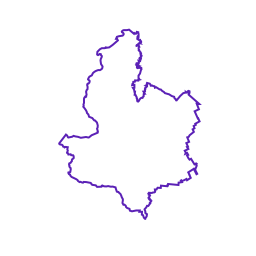 outline of Tepetzintla, Veracruz, Mexico, rotated 241°
{"feature_id": "50627088B67284311995984", "entity_name": "Tepetzintla", "entity_type": "district", "adm_level": 2, "iso_a3": "MEX", "parent_name": "Mexico", "parent_adm1": "Veracruz", "projection": "albers", "projection_center": [-97.847, 21.151], "detail": "fine", "context": "isolated", "style": "outline", "palette": "violet", "viewbox_px": 256, "rotation_deg": 241, "n_neighbors": 0, "source": "geoboundaries", "source_scale": "gbopen_adm2", "svg_char_len": 5895}
<svg xmlns="http://www.w3.org/2000/svg" viewBox="0 0 256 256"><g transform="rotate(241 128 128)"><path d="M152.3,70.5L147.9,60.4L147.4,60.2L146.5,60.6L145.5,62.0L144.7,62.4L143.1,62.3L142.4,63.1L141.8,63.1L141.7,64.3L140.4,66.0L138.8,64.6L137.4,64.4L136.0,62.7L135.5,62.7L135.1,63.2L133.7,63.0L132.8,65.1L131.8,65.1L130.7,66.8L129.7,66.8L128.1,66.0L127.8,65.2L127.7,64.0L127.2,63.4L126.1,62.7L125.9,61.8L125.4,61.1L125.5,59.4L125.1,59.1L124.4,58.6L123.7,58.7L123.1,58.2L121.8,58.0L120.9,58.4L119.8,58.0L117.5,56.2L117.4,55.8L117.9,54.8L118.0,54.3L117.4,54.0L116.3,54.0L115.2,54.7L114.3,54.5L112.6,54.9L108.5,57.8L107.0,58.6L105.9,58.6L104.2,59.4L104.0,60.3L102.4,61.6L102.0,62.2L102.3,63.1L101.0,65.2L98.1,68.7L97.1,69.0L96.4,68.8L95.6,69.2L93.5,72.0L91.5,72.4L89.5,76.4L89.6,76.8L90.2,77.1L90.2,77.6L88.6,78.8L87.4,80.7L86.8,82.5L85.1,84.4L84.1,86.3L82.1,88.3L80.6,87.9L77.8,87.4L77.4,87.6L76.7,88.6L75.1,88.9L74.6,89.2L74.0,89.4L72.1,89.3L70.6,89.0L68.3,89.0L67.3,88.5L65.1,86.8L63.1,86.8L63.0,87.4L62.5,87.8L61.1,88.3L59.7,88.0L58.4,88.5L56.6,90.1L54.8,89.6L53.2,91.1L51.9,95.2L50.2,98.3L49.2,97.3L47.9,99.6L45.5,98.1L44.4,98.9L42.0,98.4L40.4,98.8L40.2,99.1L40.9,99.8L41.6,101.4L43.4,102.8L43.9,102.7L44.8,102.0L45.4,102.0L46.8,102.8L48.4,102.9L48.9,103.1L49.7,105.5L50.7,106.9L50.0,108.0L51.4,111.0L51.9,110.8L52.9,113.0L54.5,112.3L54.6,112.7L55.6,112.1L56.0,112.7L57.0,112.1L58.2,114.4L59.3,113.9L59.6,114.6L60.7,114.0L61.2,114.9L59.6,117.4L59.5,118.6L59.0,119.5L58.9,120.4L59.2,120.9L61.2,121.7L60.4,123.1L61.4,124.9L59.7,127.6L61.6,128.9L58.1,134.0L58.7,134.4L58.3,135.0L59.6,135.9L53.7,144.5L55.7,145.8L54.5,148.9L56.4,148.8L56.4,149.2L55.5,149.2L55.1,152.0L55.1,154.4L53.7,154.3L54.0,158.7L57.1,158.9L57.1,159.1L60.0,159.2L60.4,165.7L54.4,165.5L54.4,166.3L60.1,166.5L59.7,167.4L59.9,167.6L61.7,169.8L62.7,169.7L63.3,170.7L64.0,170.4L64.0,168.5L70.5,168.2L70.5,166.5L72.3,166.2L75.4,166.3L75.3,167.6L77.6,167.6L77.7,165.8L78.4,166.6L80.6,166.6L80.4,170.6L82.8,170.4L82.6,171.4L86.5,171.7L86.3,174.7L91.1,175.3L90.8,176.7L91.8,178.4L92.7,183.7L95.5,183.9L95.5,186.0L97.9,186.4L97.9,188.8L99.1,188.9L99.1,193.8L102.5,194.1L102.5,193.7L110.3,194.4L110.0,199.1L116.1,199.9L115.7,200.9L114.8,201.2L114.4,202.0L127.8,197.2L128.9,197.9L128.5,198.3L129.0,198.9L130.3,199.6L130.7,199.3L131.2,198.8L131.0,197.4L130.5,196.5L130.7,196.1L131.4,195.9L131.0,195.7L131.7,193.3L130.7,189.2L128.6,183.9L128.9,183.5L130.2,183.7L131.2,183.1L132.9,183.5L134.7,181.8L137.5,180.3L140.6,177.2L142.0,176.9L144.0,175.8L145.7,175.4L146.5,174.3L150.0,172.4L150.2,171.1L151.4,171.5L151.7,171.4L152.4,170.4L153.5,169.7L153.8,168.5L154.1,168.4L154.9,168.7L156.2,168.5L158.2,166.5L157.9,166.1L156.6,165.7L156.6,164.7L156.1,165.3L155.3,164.9L155.5,164.6L155.3,164.0L154.8,163.6L155.0,162.9L154.6,162.7L154.5,162.3L153.6,161.9L153.7,161.6L153.2,161.3L151.9,160.8L151.8,160.7L152.4,159.2L150.0,159.3L150.5,158.6L150.4,158.5L150.2,158.6L149.6,158.3L149.4,157.7L148.1,157.0L148.1,156.5L147.3,155.3L147.9,154.5L147.8,153.1L147.1,151.6L146.5,150.8L146.2,149.7L146.7,149.2L147.3,149.2L148.6,149.9L149.6,150.0L149.7,150.3L150.2,150.2L151.3,150.6L152.5,150.4L152.7,150.6L153.6,150.6L153.9,150.0L156.3,151.7L156.5,151.2L158.6,151.9L160.6,151.8L160.1,153.1L162.6,154.5L163.4,152.4L164.4,153.3L164.2,153.9L165.8,155.0L165.2,156.5L166.2,157.3L164.5,160.0L165.0,160.4L164.8,161.3L165.5,160.8L165.9,161.6L166.6,161.4L168.7,162.6L169.8,164.9L172.3,167.3L173.0,168.4L173.6,168.5L174.4,167.8L174.6,168.5L175.6,167.8L175.5,167.4L175.7,167.1L176.0,167.2L175.5,165.9L175.8,165.3L176.5,165.1L177.2,165.5L177.1,167.0L177.7,166.2L178.8,165.9L178.7,166.4L179.3,165.9L179.7,166.2L180.4,166.7L180.4,167.2L179.8,167.3L179.0,167.9L179.1,168.3L179.7,168.4L179.5,168.9L180.4,169.6L181.4,169.8L181.0,170.1L181.1,170.5L180.7,171.0L181.1,171.2L181.7,172.1L181.5,171.0L182.6,171.4L182.4,171.8L182.8,171.7L183.1,171.8L182.9,172.3L183.5,172.5L183.3,173.0L182.6,172.9L182.6,173.1L184.2,173.7L184.4,174.0L184.2,174.5L184.8,175.0L185.7,174.5L186.6,175.3L187.0,174.9L187.4,175.1L187.3,175.6L188.1,175.7L190.5,175.1L190.6,175.4L191.1,175.3L191.4,175.7L192.2,175.7L193.1,176.3L193.6,176.7L193.5,177.2L195.0,177.4L195.3,177.2L195.7,175.3L196.0,175.4L196.3,175.9L196.2,178.0L197.4,178.4L196.5,178.5L196.6,179.2L196.1,179.8L197.0,179.6L197.1,179.9L196.6,180.4L196.7,181.1L197.5,181.5L198.7,181.0L199.1,181.2L199.3,180.4L201.4,179.3L202.0,179.7L202.2,180.4L201.6,180.7L202.0,181.0L203.0,180.4L203.3,180.6L203.7,181.4L203.4,181.9L205.2,182.9L205.9,182.9L206.8,183.4L207.8,182.3L206.6,180.9L206.8,180.3L208.0,179.6L207.5,178.9L213.5,176.6L214.0,174.8L215.6,171.8L215.8,171.1L215.5,169.5L215.3,169.3L214.7,169.2L213.4,169.9L212.5,169.9L212.0,169.6L211.7,169.1L211.4,168.1L212.7,164.5L213.1,162.5L211.8,160.8L211.3,161.7L209.5,161.6L208.1,154.9L207.6,150.7L208.7,147.8L209.3,147.7L209.3,147.4L208.9,147.1L209.2,146.1L210.5,143.7L210.5,141.6L209.5,138.2L207.4,136.7L206.9,136.7L206.3,137.1L206.2,137.8L206.5,139.1L205.8,140.0L204.8,139.7L203.6,140.0L202.9,139.5L201.5,137.6L200.4,136.7L197.0,135.4L194.2,135.6L193.1,134.8L192.6,134.2L192.3,133.4L192.2,131.6L193.1,130.0L193.3,128.9L193.5,127.1L193.3,125.1L193.0,123.9L191.6,121.9L191.6,119.3L191.3,118.5L190.4,117.1L189.8,116.6L188.0,117.3L187.1,116.9L186.4,116.1L186.0,114.9L186.3,114.4L186.1,113.7L185.4,113.1L183.5,112.6L181.6,111.4L181.2,110.2L180.0,108.9L177.2,107.9L176.2,106.8L175.7,106.6L175.6,106.1L176.2,105.8L175.6,104.4L174.8,103.6L171.3,101.7L170.1,100.4L168.8,100.0L168.4,99.3L168.0,99.2L166.9,99.5L164.3,99.8L162.3,99.8L161.1,99.4L159.0,99.9L156.7,99.4L154.0,101.6L151.7,102.0L151.0,102.2L150.6,102.8L147.9,103.5L144.9,102.8L143.2,101.7L142.3,100.5L140.6,100.3L140.0,99.8L139.4,99.9L138.6,99.2L139.3,92.7L138.7,89.3L138.9,88.7L140.5,86.9L142.3,82.0L144.5,80.0L146.3,77.7L147.5,76.6L147.4,75.0L148.6,71.2L149.0,71.0L151.1,71.1L151.5,70.7L152.3,70.5Z" fill="none" stroke="#5b21b6" stroke-width="2"/></g></svg>